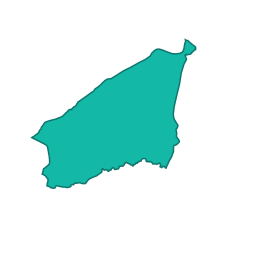 the district of Sai Thong Watthana, Kamphaeng Phet, Thailand, rotated 330°
{"feature_id": "78962969B33037447710265", "entity_name": "Sai Thong Watthana", "entity_type": "district", "adm_level": 2, "iso_a3": "THA", "parent_name": "Thailand", "parent_adm1": "Kamphaeng Phet", "projection": "orthographic", "projection_center": [99.868, 16.3], "detail": "fine", "context": "isolated", "style": "filled", "palette": "teal", "viewbox_px": 256, "rotation_deg": 330, "n_neighbors": 0, "source": "geoboundaries", "source_scale": "gbopen_adm2", "svg_char_len": 5491}
<svg xmlns="http://www.w3.org/2000/svg" viewBox="0 0 256 256"><g transform="rotate(330 128 128)"><path d="M227.0,91.7L225.4,87.7L224.4,85.0L224.0,83.6L223.7,82.5L223.5,82.1L223.2,81.9L222.7,81.6L222.5,81.4L222.2,81.0L221.8,80.3L221.5,81.2L221.2,81.8L219.7,83.0L217.7,85.3L216.3,87.1L214.7,88.5L213.3,89.4L210.6,89.4L207.1,88.1L203.6,85.9L200.9,82.8L196.6,77.5L194.6,75.4L192.4,74.2L189.3,74.2L186.0,75.1L183.5,76.7L181.0,77.0L176.9,77.3L170.0,76.9L158.8,76.7L157.3,76.5L154.9,76.4L152.4,76.3L149.3,76.4L143.8,76.7L138.0,76.8L136.0,76.0L134.8,75.4L134.2,75.3L131.7,75.4L128.2,76.2L126.0,76.9L121.8,77.6L120.5,77.6L119.5,77.7L118.8,77.8L118.1,78.1L116.8,78.9L116.4,79.0L114.8,78.9L104.5,80.0L99.1,80.4L98.0,80.4L97.8,80.4L97.0,81.1L96.2,81.3L95.9,81.4L95.6,81.7L95.6,81.8L95.0,82.1L94.3,82.5L93.8,82.7L93.3,82.7L92.8,83.0L92.3,82.9L91.9,82.7L91.6,82.7L91.3,82.7L89.1,83.4L88.6,83.9L88.3,84.0L88.2,83.9L88.0,83.6L88.0,83.3L87.9,83.2L86.6,82.9L85.2,82.8L85.0,83.1L84.9,83.2L83.6,83.5L82.4,83.8L82.0,83.8L79.6,84.5L77.9,84.9L76.8,85.1L76.1,85.1L74.1,84.8L69.1,84.0L64.7,82.7L61.1,81.9L59.0,81.6L57.7,82.1L56.7,82.5L55.7,83.2L55.1,83.4L54.4,83.7L53.6,83.9L52.6,84.8L52.1,85.3L51.8,85.5L50.3,85.8L48.8,87.0L48.2,87.4L46.9,87.6L45.0,87.8L43.0,88.1L39.9,88.2L40.4,89.1L44.9,95.8L46.5,98.3L48.4,101.4L48.9,102.6L48.9,103.0L48.7,104.6L48.3,105.7L47.5,108.0L46.5,110.6L45.8,112.7L45.1,114.3L44.6,115.5L43.1,118.3L42.2,119.5L41.6,119.9L40.9,120.2L37.0,120.9L34.5,121.2L34.2,121.3L33.9,121.6L33.0,122.9L32.3,123.4L30.6,125.1L31.5,126.2L32.5,128.1L32.7,128.9L32.7,130.1L32.8,130.6L32.9,130.9L33.0,131.7L33.1,132.3L32.9,132.9L32.5,133.5L31.6,134.5L30.5,135.5L29.5,136.8L29.1,137.4L29.0,137.9L30.0,138.7L30.6,139.5L31.0,140.6L31.5,141.2L32.9,142.6L33.8,143.1L34.5,143.2L34.8,143.3L35.2,143.2L35.6,143.0L35.9,142.8L36.2,142.5L36.5,142.3L36.8,142.2L37.2,142.2L37.3,142.2L37.6,142.3L37.8,142.5L38.3,143.2L38.9,143.8L39.4,144.3L41.1,145.7L41.5,146.1L41.9,146.5L42.2,146.7L42.8,146.9L43.4,147.2L43.7,147.5L45.1,148.8L45.7,149.2L46.0,149.4L47.9,149.9L49.1,150.1L49.3,150.0L50.1,148.9L50.5,148.8L51.0,148.9L52.2,149.7L52.6,149.9L52.8,149.9L53.5,149.4L54.2,149.1L54.6,149.1L55.0,149.4L55.7,150.1L56.3,150.3L57.4,150.6L59.0,151.5L59.4,151.8L59.8,152.4L60.6,153.2L61.3,153.7L62.3,154.3L63.5,154.8L66.9,153.3L68.3,152.9L70.1,152.8L74.3,153.3L74.8,153.3L75.3,153.4L76.6,153.7L83.2,153.1L83.9,152.0L84.3,151.7L84.4,151.3L84.6,150.9L84.8,150.7L85.2,150.4L85.4,150.4L85.7,150.4L85.9,150.5L86.0,150.6L86.1,151.0L86.0,151.3L86.0,151.7L86.1,152.0L86.3,152.3L86.4,152.6L87.0,152.9L87.6,152.9L88.8,153.6L88.8,154.1L89.0,155.0L89.2,155.5L89.4,155.7L89.8,155.8L90.0,155.7L90.6,155.1L90.8,155.1L91.7,155.7L92.0,155.9L92.6,155.7L93.6,154.9L94.1,154.9L94.6,155.0L95.2,154.8L95.3,154.9L95.7,155.4L95.7,155.6L95.7,156.5L95.7,157.0L95.8,157.2L96.0,157.5L97.5,158.0L98.3,158.0L98.9,158.5L99.2,158.5L99.4,158.4L100.4,157.9L101.1,157.1L101.3,156.9L101.5,156.8L102.1,157.3L102.7,157.7L103.2,157.8L103.8,157.9L104.0,157.9L104.4,158.4L104.5,158.5L104.9,158.2L105.5,158.2L106.6,157.8L106.9,157.6L107.1,157.1L107.8,156.9L108.0,156.9L108.4,157.1L109.3,156.8L109.4,157.0L110.1,158.2L111.1,159.7L112.0,160.4L112.0,160.6L111.9,161.1L111.9,161.3L112.6,162.0L112.9,162.3L113.2,162.9L113.2,163.0L113.2,163.3L113.3,163.4L113.5,163.4L113.9,163.2L114.3,162.6L114.5,162.5L114.9,162.5L115.5,163.0L116.4,162.9L116.6,162.9L117.2,162.3L117.3,162.3L117.5,162.3L118.1,163.0L118.3,163.1L118.5,163.1L118.7,162.8L119.0,162.6L119.6,162.6L120.0,162.7L120.7,162.4L120.9,162.5L121.3,162.8L122.0,162.7L122.3,162.9L122.6,163.1L122.8,163.2L123.0,163.0L123.1,162.6L123.8,162.3L124.2,162.0L124.4,162.0L126.2,162.1L126.4,162.2L126.8,162.7L127.5,163.0L127.7,163.3L127.8,163.4L127.9,164.6L127.3,165.4L127.7,165.7L127.4,165.9L127.3,166.1L127.3,166.3L127.6,166.7L128.0,167.0L128.5,167.2L129.0,167.3L129.3,167.5L129.4,168.0L129.5,168.1L129.8,168.2L130.7,168.2L130.8,168.3L131.1,169.3L131.6,170.0L131.4,171.2L131.4,171.3L131.5,171.5L132.7,172.3L133.8,172.7L133.9,172.8L134.6,173.7L135.3,173.7L136.1,174.1L137.4,174.0L137.6,174.0L137.8,174.2L137.9,174.5L137.9,175.2L137.8,176.0L137.1,177.0L136.5,177.4L136.4,177.6L136.5,177.7L136.9,178.3L137.1,178.8L137.3,179.1L137.6,179.1L137.9,179.0L138.8,178.6L139.0,178.6L139.7,179.4L140.2,179.7L140.3,179.8L140.5,180.2L140.5,180.4L140.4,180.8L140.4,181.0L140.6,181.4L140.9,181.8L142.6,180.4L143.4,179.8L144.3,179.3L145.7,178.2L148.0,176.6L148.9,176.2L150.6,175.2L152.9,173.5L153.3,173.0L154.8,171.9L155.5,171.2L156.4,169.9L158.4,166.4L158.7,166.2L159.2,166.2L160.1,166.5L161.3,166.6L162.2,166.6L162.8,166.4L164.8,166.0L165.4,165.7L165.6,165.5L165.9,164.9L166.0,164.5L166.0,163.9L165.7,159.6L165.9,159.2L166.4,158.5L167.0,157.8L167.6,156.6L168.1,155.5L168.6,153.8L168.8,153.5L169.3,153.0L169.7,152.8L170.3,152.7L170.8,152.4L171.3,152.0L172.4,150.9L172.6,150.6L172.4,146.5L172.4,144.3L172.7,142.3L173.1,140.9L173.8,139.4L174.8,137.7L176.6,135.4L178.0,133.4L182.0,128.9L184.3,126.5L188.1,122.4L194.4,115.9L201.6,107.0L208.1,100.9L213.1,97.7L213.8,93.4L214.0,93.3L214.4,93.7L214.9,93.9L215.0,93.9L215.5,93.5L215.9,94.2L216.2,94.4L217.0,94.4L217.5,94.7L218.0,94.9L218.2,95.1L218.6,95.2L218.9,95.1L219.3,95.2L219.5,95.2L219.8,95.1L220.3,94.9L220.5,94.9L220.6,94.6L220.8,94.5L221.0,94.4L221.8,94.5L222.5,94.2L223.0,94.2L223.3,94.0L223.8,93.8L224.5,93.9L224.8,93.9L225.0,93.8L225.5,93.9L225.5,93.5L225.5,93.3L225.7,93.2L226.3,93.2L226.5,93.0L226.6,92.7L226.8,92.0L226.9,91.8L227.0,91.7Z" fill="#14b8a6" stroke="#0f766e" stroke-width="1.5"/></g></svg>